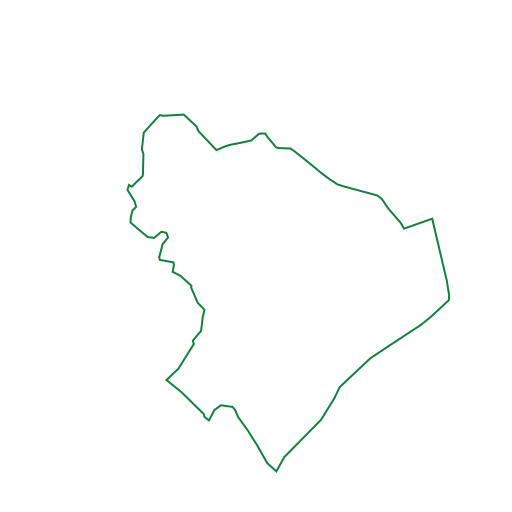 Belbédji, Zinder, Niger, rotated 135°
{"feature_id": "23599985B37162587774633", "entity_name": "Belbédji", "entity_type": "district", "adm_level": 2, "iso_a3": "NER", "parent_name": "Niger", "parent_adm1": "Zinder", "projection": "orthographic", "projection_center": [7.925, 15.006], "detail": "fine", "context": "isolated", "style": "outline", "palette": "green", "viewbox_px": 512, "rotation_deg": 135, "n_neighbors": 0, "source": "geoboundaries", "source_scale": "gbopen_adm2", "svg_char_len": 1226}
<svg xmlns="http://www.w3.org/2000/svg" viewBox="0 0 512 512"><g transform="rotate(135 256 256)"><path d="M224.3,423.6L231.1,423.5L248.1,422.6L261.2,412.2L263.5,407.7L277.6,394.3L279.6,392.7L294.9,392.9L295.5,396.0L300.1,393.7L303.2,380.6L306.0,375.5L311.2,375.5L317.2,371.9L321.1,368.3L319.2,346.0L315.3,340.9L305.7,340.0L303.0,335.8L305.1,331.3L313.6,330.4L325.3,323.6L326.8,321.3L318.9,310.0L320.2,307.9L326.1,303.7L323.4,295.3L322.7,280.7L324.3,279.3L330.3,264.0L330.5,254.3L336.3,250.9L347.8,241.9L360.5,240.8L362.3,237.7L390.4,231.2L407.0,231.6L405.0,212.6L404.7,180.9L406.2,178.8L405.5,173.0L394.4,176.5L386.3,175.2L379.3,165.9L379.6,162.1L382.5,154.8L385.1,138.7L389.1,121.1L394.5,101.6L393.9,89.3L378.2,93.8L325.9,94.2L301.3,100.0L289.4,104.1L247.5,102.8L223.3,98.0L188.2,90.7L176.2,89.4L150.7,88.4L147.0,91.9L138.7,103.4L105.0,157.8L132.0,170.7L130.3,176.8L128.9,195.8L126.7,207.3L127.3,212.8L144.6,242.9L147.8,249.1L149.9,259.8L151.2,269.1L152.7,284.7L154.9,304.1L155.7,307.8L164.1,316.7L164.9,318.8L163.8,331.4L162.9,336.1L167.3,340.3L177.6,341.0L187.0,347.0L195.8,353.0L200.7,355.5L209.1,358.9L208.4,385.1L206.5,389.6L207.1,407.1L222.6,420.9L224.3,423.6Z" fill="none" stroke="#15803d" stroke-width="2"/></g></svg>